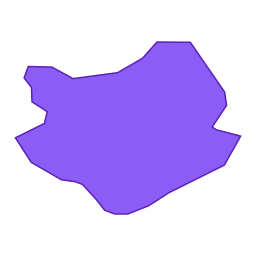 Warrington, Robinson projection
{"feature_id": "GBR-2774", "entity_name": "Warrington", "entity_type": "Unitary Authority", "adm_level": 1, "iso_a3": "GBR", "parent_name": "United Kingdom", "parent_adm1": "", "projection": "robinson", "projection_center": [-2.569, 53.387], "detail": "fine", "context": "isolated", "style": "filled", "palette": "violet", "viewbox_px": 256, "rotation_deg": 0, "n_neighbors": 0, "source": "natural_earth", "source_scale": "10m", "svg_char_len": 478}
<svg xmlns="http://www.w3.org/2000/svg" viewBox="0 0 256 256"><path d="M28.3,66.5L51.9,67.1L73.0,78.6L117.5,72.7L142.6,58.2L157.0,42.0L190.3,42.3L224.6,92.0L226.6,105.3L212.2,127.0L216.4,129.8L240.6,136.1L235.8,144.8L224.3,165.1L168.9,192.7L148.7,205.7L127.8,214.0L114.8,214.0L104.7,210.3L96.0,199.2L82.4,184.4L75.2,181.7L61.4,179.8L31.2,162.3L15.4,137.8L44.4,123.4L47.2,111.7L32.0,101.8L31.5,87.5L24.1,77.9L28.3,66.5Z" fill="#8b5cf6" stroke="#5b21b6" stroke-width="1.5"/></svg>